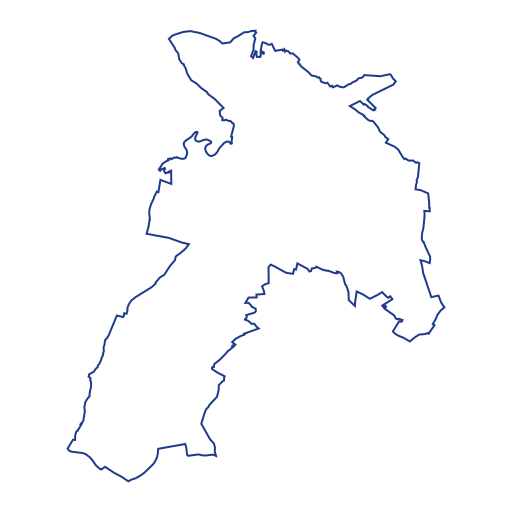 the district of Iernut, Mures, Romania
{"feature_id": "2599482B14234854366201", "entity_name": "Iernut", "entity_type": "district", "adm_level": 2, "iso_a3": "ROU", "parent_name": "Romania", "parent_adm1": "Mures", "projection": "natural_earth1", "projection_center": [24.221, 46.434], "detail": "fine", "context": "isolated", "style": "outline", "palette": "blue", "viewbox_px": 512, "rotation_deg": 0, "n_neighbors": 0, "source": "geoboundaries", "source_scale": "gbopen_adm2", "svg_char_len": 5972}
<svg xmlns="http://www.w3.org/2000/svg" viewBox="0 0 512 512"><path d="M128.3,481.3L131.0,479.8L136.2,478.0L141.6,474.8L144.7,472.4L153.0,464.4L154.4,462.6L156.7,458.1L157.7,454.5L158.2,448.8L185.2,444.0L186.3,447.7L187.1,454.8L188.2,455.8L196.9,454.6L199.2,454.5L201.9,455.3L205.7,455.5L212.9,454.6L216.0,455.9L214.8,451.8L214.9,447.2L213.9,443.5L210.0,439.2L201.3,423.8L204.4,413.6L206.1,409.2L208.4,407.0L209.4,404.9L217.0,396.8L218.7,389.8L218.8,385.1L222.7,381.2L224.1,380.5L224.1,377.6L224.7,376.3L218.0,372.9L212.0,369.0L212.2,367.2L213.9,367.0L213.9,365.0L214.3,364.1L219.9,359.6L224.8,354.7L227.8,351.1L230.1,349.6L231.6,348.0L232.9,347.4L232.1,346.2L232.9,345.4L234.2,345.9L235.4,344.6L232.2,342.1L235.5,338.9L239.9,336.4L244.5,334.6L244.1,333.7L258.7,328.5L256.7,326.9L254.2,323.7L251.8,323.9L248.1,320.8L244.2,319.3L245.8,319.2L246.8,316.8L246.3,315.1L254.4,312.7L255.7,311.5L255.8,311.0L255.7,308.7L251.8,306.8L250.9,305.2L248.5,302.8L245.4,302.9L248.5,297.6L256.7,297.4L256.4,294.6L264.4,294.0L263.9,291.0L262.1,286.3L264.6,284.5L268.7,283.1L268.5,267.3L270.6,264.6L274.8,266.5L284.8,272.1L287.0,273.0L293.0,273.8L294.2,269.1L296.0,269.6L297.4,263.4L307.6,268.9L309.4,271.5L311.0,271.0L311.8,268.5L315.4,267.9L316.3,266.6L323.3,270.1L324.0,269.9L326.6,270.8L327.9,270.6L334.1,272.9L337.0,273.4L337.1,274.1L337.5,273.0L337.0,271.6L339.4,272.2L341.1,273.5L343.2,276.7L345.1,284.2L346.0,285.1L347.2,288.0L348.5,292.3L348.8,300.2L354.9,305.9L355.1,302.2L356.7,291.5L362.7,294.3L369.8,298.8L377.7,294.9L382.1,292.1L386.0,296.1L388.3,297.8L390.2,296.3L392.4,299.2L382.2,305.6L383.4,307.1L385.3,305.8L386.1,306.9L384.6,308.7L394.5,315.6L395.0,317.2L396.2,318.8L396.8,319.2L399.1,318.8L402.5,320.1L401.4,321.8L399.2,321.2L392.9,331.4L394.3,333.0L397.5,335.3L403.4,337.7L409.8,341.5L415.0,337.2L419.2,334.6L425.2,334.0L427.9,333.0L428.7,333.7L434.5,325.1L432.8,324.1L435.7,319.1L437.4,314.9L440.8,310.3L444.4,307.5L441.0,302.2L438.5,295.6L431.3,297.1L423.1,272.8L422.1,265.9L420.5,260.2L424.7,261.2L429.7,263.1L430.2,259.3L430.1,256.6L425.9,247.7L423.7,242.1L423.4,242.2L422.1,240.1L421.7,238.8L422.2,232.5L423.3,228.8L424.3,219.0L424.6,214.5L424.3,210.9L429.8,211.3L429.7,207.8L429.2,207.7L429.1,201.7L428.1,193.4L420.8,190.2L415.5,189.3L416.1,184.5L417.0,181.9L416.6,180.3L418.0,176.8L419.3,163.1L417.1,162.3L416.1,162.8L413.0,160.5L408.5,160.6L405.8,158.6L404.5,159.2L402.6,156.9L398.2,149.5L394.1,146.4L385.9,142.7L388.3,139.1L385.6,137.3L384.1,134.9L380.5,132.1L379.7,131.2L378.2,127.6L373.6,121.9L372.3,120.8L370.5,121.0L368.2,120.0L363.9,116.1L364.2,115.5L358.4,112.2L355.2,109.4L349.8,106.1L360.0,101.0L363.8,104.6L364.3,104.0L365.9,104.8L367.7,106.1L367.9,106.9L373.4,110.4L374.9,109.8L374.4,109.3L375.6,108.0L367.3,99.8L368.3,99.0L368.0,98.5L372.4,94.9L393.4,84.6L395.8,81.2L393.2,78.8L390.8,74.8L390.0,74.2L380.4,76.2L364.4,75.1L362.2,77.7L359.6,78.0L357.5,79.1L356.8,80.4L352.4,82.4L350.5,84.0L348.7,84.3L343.8,87.4L339.5,86.7L337.4,85.4L332.8,87.3L332.2,85.8L330.2,86.5L327.4,82.7L325.3,83.3L321.2,81.6L320.5,80.0L320.6,78.7L319.6,78.3L319.1,77.3L317.7,77.6L316.6,76.6L311.6,75.5L308.2,72.0L300.9,66.2L299.9,64.4L298.6,63.5L298.5,62.6L297.9,62.1L299.5,59.6L297.9,57.8L292.8,53.4L290.2,53.5L288.4,51.3L286.1,50.6L285.0,51.6L284.2,49.2L282.9,50.6L282.3,49.6L275.1,50.9L271.8,43.9L269.8,44.7L268.4,44.7L265.1,42.9L262.6,42.3L261.9,44.1L260.7,50.6L263.9,52.6L263.6,53.8L260.7,52.4L260.7,56.1L260.1,56.3L260.0,57.0L256.8,56.9L256.2,53.0L256.7,51.9L255.6,51.2L253.1,58.0L251.1,56.2L253.6,49.4L253.6,45.4L255.3,38.2L253.5,35.8L256.1,32.8L255.5,32.4L255.6,30.7L251.4,31.0L247.9,32.1L244.1,32.3L238.2,36.1L233.9,38.2L230.1,42.4L222.5,43.5L219.2,40.7L215.9,38.8L199.8,33.0L190.3,31.1L183.1,32.0L176.4,34.1L172.4,35.6L168.9,38.8L174.6,47.6L175.5,50.1L178.2,53.3L179.2,59.2L182.0,63.4L183.7,64.2L184.3,66.2L185.5,67.9L187.3,73.7L191.2,80.2L196.8,83.7L200.8,87.7L207.1,92.2L208.2,94.2L214.7,99.0L223.6,108.0L219.7,110.9L220.1,115.3L222.7,118.1L222.3,120.1L224.1,120.4L226.0,119.7L228.2,120.8L230.6,121.1L232.2,122.9L233.5,123.6L233.9,126.0L231.1,136.6L232.2,136.9L231.5,142.5L231.8,143.4L230.8,143.8L229.3,141.9L227.8,141.5L226.9,141.5L224.3,142.8L219.3,148.3L217.0,152.4L214.8,154.7L211.6,156.0L209.6,155.7L207.0,153.4L205.4,150.2L205.2,148.0L206.2,145.8L207.8,144.5L210.8,143.3L211.2,142.3L210.9,141.4L207.5,139.7L205.8,139.5L203.7,139.9L199.2,141.7L196.6,141.1L195.4,140.0L195.1,137.7L197.6,132.4L197.2,132.0L195.8,132.0L193.7,133.7L191.7,136.5L185.4,140.9L184.0,142.5L183.8,144.5L184.2,146.2L186.7,150.3L187.1,151.8L187.1,154.0L185.6,157.6L184.8,158.4L182.9,158.9L180.2,158.5L176.5,157.2L176.2,157.7L174.2,157.5L174.0,157.9L171.1,159.2L170.7,158.4L168.0,159.1L168.5,160.3L165.9,161.4L162.6,163.7L158.8,169.6L160.1,170.9L161.1,169.4L164.6,168.0L165.1,169.0L163.5,169.7L165.4,173.3L167.9,172.3L168.2,172.7L169.2,172.3L168.9,171.6L171.1,170.7L171.3,183.9L160.4,179.9L158.4,192.2L156.8,191.6L154.5,196.1L153.6,198.9L151.0,204.3L149.5,209.5L149.2,213.0L149.9,219.5L149.6,219.5L148.7,226.0L146.6,233.8L168.9,237.9L182.3,242.7L188.8,244.1L185.9,248.2L180.9,252.7L176.3,256.0L175.6,257.0L175.0,260.1L170.2,265.7L163.8,275.4L162.1,275.9L159.2,278.2L155.7,282.4L155.7,283.5L151.6,287.2L135.6,297.1L131.3,300.5L129.0,304.0L127.6,307.4L127.3,308.9L127.6,309.9L126.5,313.8L124.2,313.3L123.9,315.6L123.2,317.1L116.9,315.5L108.2,336.4L107.5,337.0L107.1,338.1L105.4,339.5L104.7,342.4L104.6,344.6L103.6,346.9L103.8,351.6L103.1,353.1L103.1,355.1L101.9,357.2L100.9,360.4L99.3,363.9L97.8,365.6L97.8,366.9L95.8,368.8L93.8,371.7L89.1,374.3L88.6,376.8L90.3,377.9L90.6,378.8L90.1,380.1L91.1,382.3L91.0,386.6L89.7,393.1L89.5,396.2L87.0,399.3L85.2,402.4L84.4,407.3L84.8,411.8L83.2,421.1L80.8,423.9L81.6,424.0L77.7,430.6L77.4,430.4L76.1,432.1L75.3,434.9L75.0,440.0L73.0,439.7L67.6,448.6L69.2,450.7L71.5,451.7L82.4,453.0L85.7,454.1L89.6,457.1L92.2,459.9L95.8,465.2L99.4,468.5L101.2,469.5L105.1,466.8L113.9,472.7L121.5,476.7L128.3,481.3Z" fill="none" stroke="#1e3a8a" stroke-width="2"/></svg>